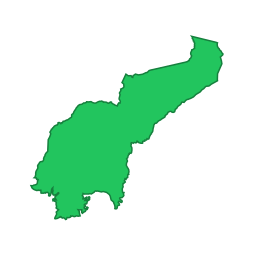 Juscimeira, Mato Grosso, Brazil, rotated 353°
{"feature_id": "56859067B77802724156485", "entity_name": "Juscimeira", "entity_type": "district", "adm_level": 2, "iso_a3": "BRA", "parent_name": "Brazil", "parent_adm1": "Mato Grosso", "projection": "natural_earth1", "projection_center": [-55.01, -16.21], "detail": "fine", "context": "isolated", "style": "filled", "palette": "green", "viewbox_px": 256, "rotation_deg": 353, "n_neighbors": 0, "source": "geoboundaries", "source_scale": "gbopen_adm2", "svg_char_len": 5805}
<svg xmlns="http://www.w3.org/2000/svg" viewBox="0 0 256 256"><g transform="rotate(353 128 128)"><path d="M33.6,154.7L33.8,155.7L33.4,157.2L31.5,159.7L30.8,161.6L30.9,162.4L30.2,164.4L29.8,165.3L28.9,165.9L30.9,166.4L30.9,167.3L31.2,168.0L32.0,167.8L32.6,168.2L31.7,169.9L31.1,172.1L30.3,172.8L28.5,173.2L27.5,173.2L26.5,173.7L24.7,173.4L25.5,175.9L26.7,177.2L27.7,177.9L30.0,179.0L31.4,178.7L32.1,179.2L33.1,179.0L33.9,179.1L33.7,181.9L34.5,182.2L35.2,182.2L36.0,182.4L37.1,182.3L37.8,181.9L38.1,182.5L39.7,181.9L40.5,182.1L41.0,183.0L41.6,183.4L41.0,185.1L41.4,185.9L42.1,185.9L42.7,185.4L43.7,183.4L44.7,179.7L45.2,178.8L46.1,178.1L45.8,179.3L45.9,181.3L45.4,182.3L45.2,183.3L45.4,184.1L45.4,185.0L46.4,185.7L48.6,185.2L49.3,185.3L48.8,186.3L47.2,187.3L47.0,188.3L48.0,190.6L47.1,190.4L45.7,189.2L44.7,189.5L44.6,190.4L44.7,191.2L45.5,191.1L47.6,192.7L47.7,193.6L47.4,194.3L47.3,195.4L47.6,197.0L46.9,198.6L47.6,199.1L47.9,199.8L48.5,200.1L49.1,200.7L46.5,202.7L46.7,203.8L46.6,205.0L44.6,208.0L44.3,209.0L45.0,209.3L47.0,209.1L48.7,208.4L49.5,208.4L49.8,207.7L50.7,207.8L51.0,208.6L51.8,209.4L52.7,209.1L53.5,209.5L54.2,210.1L54.9,211.2L55.8,211.0L56.6,209.4L58.3,209.8L59.0,209.7L60.0,209.4L60.4,208.4L61.0,208.8L62.0,208.5L63.7,209.4L64.6,209.4L66.2,208.9L67.8,209.5L69.8,209.4L69.3,206.1L69.5,205.0L68.5,203.0L70.0,203.4L71.6,203.4L72.2,203.6L71.9,204.5L71.9,205.4L71.7,206.3L72.4,207.1L73.7,206.2L75.4,205.6L76.4,204.3L76.6,203.4L75.7,202.7L74.9,202.7L74.8,201.2L76.2,200.4L76.0,199.5L75.2,199.0L75.7,198.5L76.5,198.1L77.3,198.3L77.9,198.0L78.5,196.2L79.0,195.4L80.7,194.7L81.2,194.2L81.3,193.1L81.6,192.1L81.1,191.5L80.4,191.7L79.7,192.4L79.7,193.5L79.1,194.5L78.2,194.8L76.4,194.7L77.1,193.9L77.9,193.4L78.3,191.7L75.4,193.0L74.6,192.9L74.8,192.1L75.3,191.4L75.0,190.5L74.4,189.6L75.0,189.0L75.4,187.5L76.5,188.2L77.4,188.3L81.0,188.7L82.1,188.5L83.6,189.0L86.6,187.6L87.1,187.0L88.0,186.5L89.2,186.9L90.0,186.8L93.8,188.2L95.6,188.0L96.9,188.5L98.9,189.3L101.3,191.7L102.0,193.3L102.5,197.3L104.6,199.7L104.8,201.0L105.2,202.2L105.4,203.6L105.5,205.0L105.1,206.4L106.0,206.8L106.9,206.7L107.6,205.9L107.9,204.3L108.7,203.7L110.1,203.5L110.2,202.4L109.2,200.5L110.0,199.6L110.7,199.8L111.5,200.7L112.3,201.1L113.1,200.7L113.3,199.9L113.0,199.1L111.6,198.1L111.1,197.1L111.5,196.3L113.5,196.4L115.2,195.1L115.7,194.3L115.5,193.4L115.6,192.5L116.1,191.6L114.8,191.4L114.8,188.4L115.1,187.1L116.0,185.8L115.8,184.5L116.1,183.7L116.3,182.5L117.2,182.3L118.7,181.3L118.5,180.5L117.9,180.0L118.4,179.3L118.8,178.0L119.8,178.7L120.3,177.5L121.1,177.4L121.8,176.8L121.7,176.0L122.2,174.2L123.1,174.1L123.0,172.9L123.6,171.7L123.6,169.3L122.0,165.6L121.8,164.7L122.3,162.5L123.4,160.8L123.3,159.9L122.8,158.4L124.1,157.4L124.5,156.1L125.1,154.9L126.0,154.3L125.9,153.5L126.6,153.1L127.8,153.5L128.5,152.9L129.2,150.4L129.4,148.3L129.3,147.5L128.8,146.7L128.8,145.9L129.3,144.5L129.1,143.8L129.5,143.0L130.3,143.1L131.3,143.8L132.3,143.1L134.0,143.7L134.9,143.4L135.2,142.2L135.8,142.3L136.8,143.7L137.4,144.2L138.2,144.3L138.9,144.7L140.3,144.9L140.8,144.6L140.9,143.2L141.7,142.9L143.0,143.1L143.3,142.0L144.4,142.2L145.0,142.1L145.6,140.9L146.5,141.5L147.4,141.3L148.5,138.9L149.8,137.1L150.6,136.6L150.7,135.7L151.7,135.0L152.2,134.1L152.8,131.7L153.7,129.5L154.0,128.2L155.3,126.7L156.9,126.6L159.1,124.7L161.4,123.9L162.2,123.3L165.8,121.7L166.2,121.2L166.3,120.3L168.9,118.7L169.3,117.7L169.8,117.2L171.7,116.6L172.8,116.8L173.5,117.6L174.2,117.9L175.3,118.0L176.3,117.5L177.3,115.1L178.6,114.6L180.1,112.6L183.0,111.1L183.5,110.5L184.4,109.1L185.0,108.9L186.7,109.4L188.9,107.5L190.2,106.9L191.1,106.9L193.9,106.2L196.8,105.1L199.5,103.0L204.0,101.0L206.3,98.9L207.8,98.3L210.0,96.4L210.9,96.1L212.7,96.2L213.9,96.0L215.9,94.7L222.6,92.0L222.6,90.7L223.5,85.0L229.0,75.7L228.9,72.6L228.3,68.8L230.9,67.0L231.3,66.1L230.4,64.9L229.6,62.8L228.9,62.2L228.4,61.4L228.1,60.4L227.3,59.5L226.7,57.7L226.7,56.5L226.8,55.3L227.2,54.4L225.9,53.7L202.4,44.8L203.0,45.9L202.7,47.1L203.3,47.7L203.5,48.3L203.4,49.5L204.1,49.9L204.1,51.3L204.6,51.9L204.0,53.8L204.3,54.7L203.7,55.5L203.9,56.9L201.7,58.1L200.8,58.2L200.5,59.3L199.7,60.4L199.3,61.5L199.4,63.0L200.0,64.2L199.4,65.0L199.2,65.7L198.4,66.6L197.8,66.8L197.2,67.5L197.0,68.5L196.1,68.6L195.3,69.3L192.7,69.7L157.3,73.3L155.9,73.6L153.8,75.3L152.8,75.2L149.1,76.4L144.9,76.6L141.9,75.4L140.4,76.3L139.5,76.5L138.9,78.4L138.2,78.1L137.4,76.4L134.6,76.2L132.5,74.3L127.6,82.2L129.1,83.8L129.0,86.7L127.6,87.9L125.5,88.5L125.6,89.5L125.1,90.6L123.9,91.9L123.8,92.7L124.2,94.0L122.9,97.2L122.7,98.2L123.4,99.7L123.6,101.0L123.1,102.3L122.0,101.9L121.0,103.0L120.1,104.8L117.6,103.5L116.9,102.8L116.3,102.5L114.6,101.0L114.7,100.3L114.1,100.0L113.4,100.4L112.6,100.4L112.0,101.1L111.4,101.0L110.7,100.7L110.0,99.9L108.9,99.6L107.5,99.3L106.7,99.4L106.4,98.7L104.9,98.0L103.8,98.2L102.9,98.0L100.7,98.6L99.7,99.1L98.7,99.3L97.7,99.2L96.0,98.5L94.5,97.3L91.8,97.3L90.1,96.9L89.4,97.7L87.8,97.9L87.2,97.7L85.1,98.8L82.9,98.9L81.8,99.4L81.0,99.9L80.5,100.7L79.6,101.2L79.0,101.9L78.6,102.6L76.4,105.1L75.3,107.1L74.3,107.5L73.7,108.0L73.4,110.1L72.7,110.7L71.4,111.2L69.8,112.2L68.8,112.6L68.0,112.6L65.5,113.6L64.5,113.4L63.4,114.9L62.7,114.7L61.9,115.5L61.1,114.5L60.2,114.1L59.2,114.3L59.2,115.3L58.5,115.7L58.1,116.4L57.2,116.4L55.7,116.9L54.8,117.4L54.2,118.2L53.2,118.8L52.6,119.7L51.8,119.9L51.5,120.7L50.0,122.6L50.6,124.1L50.3,125.1L49.2,127.3L47.4,129.9L45.5,141.4L43.8,142.7L42.5,144.3L42.2,145.4L41.2,146.6L40.5,148.0L40.5,149.0L39.7,150.3L38.8,150.9L37.9,150.7L36.9,150.9L36.0,151.4L35.5,152.4L34.5,153.2L33.6,154.7ZM49.3,185.3L49.8,184.4L50.4,183.9L51.2,183.8L51.2,184.6L50.5,184.9L50.0,185.5L49.3,185.3ZM76.6,203.4L77.6,203.8L78.6,202.2L77.9,201.5L77.1,201.6L76.9,202.6L76.6,203.4Z" fill="#22c55e" stroke="#15803d" stroke-width="1.5"/></g></svg>